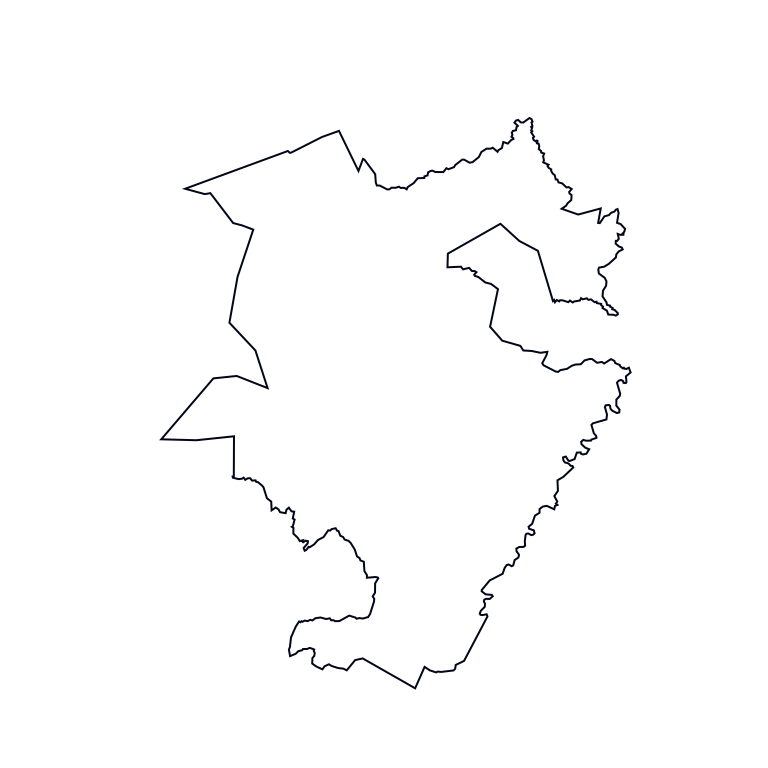 the district of Morelos, Chihuahua, Mexico, rotated 103°
{"feature_id": "50627088B90542436108405", "entity_name": "Morelos", "entity_type": "district", "adm_level": 2, "iso_a3": "MEX", "parent_name": "Mexico", "parent_adm1": "Chihuahua", "projection": "mercator", "projection_center": [-107.783, 26.551], "detail": "fine", "context": "isolated", "style": "outline", "palette": "ink", "viewbox_px": 768, "rotation_deg": 103, "n_neighbors": 0, "source": "geoboundaries", "source_scale": "gbopen_adm2", "svg_char_len": 6157}
<svg xmlns="http://www.w3.org/2000/svg" viewBox="0 0 768 768"><g transform="rotate(103 384 384)"><path d="M653.3,268.4L652.1,266.9L651.7,263.5L647.4,251.7L645.4,250.6L641.6,250.9L635.8,243.7L587.2,230.9L585.3,232.2L587.0,236.0L587.2,238.1L586.1,239.1L583.1,238.6L578.4,235.7L575.2,236.2L573.5,237.8L571.6,237.8L570.3,236.1L569.7,232.7L566.4,230.3L565.2,231.6L566.1,237.6L564.0,242.2L562.7,242.4L551.6,236.8L542.2,225.7L536.2,225.1L532.9,223.8L531.8,222.0L532.8,218.6L531.7,217.3L526.2,217.1L522.9,214.1L521.1,213.9L519.8,214.2L517.2,217.2L514.6,218.0L512.4,215.6L511.3,211.3L509.8,210.1L505.6,211.4L499.1,212.1L497.9,211.5L497.2,209.8L498.1,206.6L497.4,204.9L495.6,203.7L492.9,205.1L492.4,210.1L490.5,211.0L487.0,208.2L478.3,207.3L474.5,203.5L470.8,204.3L467.7,201.7L466.1,197.9L467.8,189.9L464.5,190.0L462.8,187.8L461.9,189.6L459.6,188.7L454.9,192.8L449.0,190.5L438.8,193.3L434.2,188.4L422.7,180.8L421.5,181.9L421.7,183.7L419.9,186.4L419.7,190.2L417.9,192.1L415.2,193.0L413.8,190.5L417.3,187.0L417.2,185.7L414.3,181.4L407.5,180.7L406.4,177.0L407.6,176.4L407.9,174.3L406.4,171.1L401.4,169.4L400.8,173.5L398.3,177.9L396.0,178.9L393.6,177.2L393.8,174.5L392.6,169.6L391.5,169.4L388.7,164.9L387.1,165.4L384.7,168.5L377.2,172.7L375.3,171.6L368.5,159.3L363.7,159.8L356.7,163.6L354.9,163.2L353.8,160.1L354.3,158.9L357.1,157.8L358.7,155.6L359.9,150.5L358.8,148.4L355.9,148.8L352.9,152.7L346.9,154.1L342.6,151.6L340.3,151.7L330.3,157.3L327.8,155.9L326.7,153.8L327.4,151.6L329.0,150.9L328.7,148.6L327.5,148.2L322.1,150.0L317.3,146.3L313.0,149.1L314.8,151.2L315.0,152.8L314.2,153.9L315.1,154.6L313.7,157.7L312.5,158.5L311.6,163.4L309.7,164.7L308.7,168.4L314.5,174.1L313.5,176.7L315.4,181.1L312.9,186.9L313.3,189.1L315.9,193.9L320.5,196.7L322.0,201.9L324.1,205.3L328.1,209.1L330.8,215.3L333.1,217.1L333.2,219.6L329.9,232.7L328.1,234.5L319.6,232.2L315.9,232.1L318.4,238.6L318.6,247.5L320.0,255.8L316.2,259.7L315.2,278.5L304.4,293.5L265.9,294.3L262.4,302.3L262.3,308.1L258.5,316.2L258.2,319.9L257.2,320.7L254.3,319.1L253.6,320.8L254.1,323.8L251.7,327.2L254.5,332.8L252.4,335.4L256.0,348.4L242.6,351.1L201.7,306.6L214.2,284.3L219.6,264.0L265.2,238.0L263.9,237.1L265.9,235.8L263.3,234.5L264.1,231.9L262.8,231.3L262.3,228.7L262.8,222.8L260.9,221.6L262.1,218.4L260.8,217.3L258.6,211.9L256.0,211.3L256.8,209.4L254.9,205.7L256.0,203.8L255.0,201.3L256.9,197.2L256.0,195.4L257.3,194.8L257.1,190.4L258.4,190.1L259.3,188.0L260.8,188.2L262.4,183.3L265.9,181.1L264.9,175.8L265.2,173.5L263.4,171.8L262.3,172.2L260.0,175.9L259.8,178.4L258.5,178.3L257.8,181.1L256.8,181.3L256.7,184.6L254.5,185.5L249.4,190.8L243.7,191.6L238.3,189.7L234.0,190.3L230.9,192.8L228.0,199.5L224.0,201.0L222.2,200.6L220.2,195.9L216.4,192.0L208.5,186.5L205.4,186.8L201.9,185.0L199.2,181.7L197.6,182.9L197.1,186.2L195.1,189.9L192.4,190.3L192.1,189.0L189.7,187.9L185.2,190.0L185.5,187.2L184.7,184.3L183.9,184.4L184.0,185.5L181.5,184.1L178.6,184.0L175.0,189.3L174.5,193.2L164.6,193.9L161.0,195.8L162.1,197.4L164.1,198.2L166.2,201.3L168.8,202.8L171.1,207.0L178.7,209.9L178.9,211.6L164.2,212.3L175.2,232.9L173.3,250.3L169.2,246.6L166.6,245.8L162.6,242.9L157.8,243.7L156.6,246.1L155.3,246.8L151.8,245.0L150.6,248.4L151.4,250.4L148.4,255.6L148.3,259.3L145.8,261.0L146.0,262.7L142.1,264.6L141.0,267.0L138.7,269.1L137.3,269.3L136.4,272.1L134.9,273.7L133.4,273.0L132.2,278.7L130.0,278.5L126.3,280.2L123.4,279.8L123.1,282.9L121.6,283.4L120.3,286.0L117.3,286.2L115.1,287.4L115.1,289.1L112.7,289.0L112.4,289.8L113.5,290.6L112.5,293.2L110.7,294.2L109.3,293.4L105.7,297.2L104.3,296.4L103.8,297.6L100.9,297.3L100.4,298.4L99.2,297.4L96.0,299.1L95.0,298.3L92.8,299.8L92.1,302.1L97.9,307.1L98.3,309.6L96.5,312.7L97.7,314.7L100.0,315.7L102.4,311.6L103.8,312.6L107.1,312.5L108.5,315.4L110.5,316.0L112.3,314.9L114.4,315.4L115.2,313.4L116.3,313.0L117.4,314.8L121.9,317.4L121.4,322.2L127.6,322.2L130.5,325.2L132.2,325.6L129.3,331.2L130.7,332.9L131.6,337.0L136.0,341.3L141.5,342.6L148.0,347.7L149.1,350.4L147.4,356.2L147.7,358.2L154.6,363.8L157.0,364.6L160.2,369.5L159.7,371.7L164.2,373.9L165.9,381.7L165.2,385.0L166.1,386.7L167.8,388.6L171.0,388.5L172.6,391.3L174.2,391.1L175.9,397.4L181.6,400.3L186.8,405.2L189.2,405.7L188.3,408.3L189.2,411.8L188.4,413.9L190.3,417.0L191.0,420.8L193.0,422.4L193.7,424.6L191.6,432.8L192.2,435.6L189.8,437.2L181.5,439.8L169.8,453.5L169.4,455.1L182.2,456.8L147.5,484.8L157.3,500.0L179.5,526.6L179.9,527.8L178.6,530.1L238.5,621.7L239.3,601.3L237.1,596.1L261.1,567.2L261.4,557.8L263.0,546.1L312.6,550.8L359.1,548.4L380.3,516.8L414.2,496.5L409.3,529.3L416.9,551.5L488.0,588.6L481.0,554.2L468.7,518.4L507.6,509.6L508.2,510.7L509.3,510.1L509.4,504.4L508.3,501.2L506.8,499.7L508.6,497.6L506.5,495.5L505.9,493.2L507.8,490.8L506.8,487.5L508.0,486.7L508.0,484.8L510.1,480.5L511.6,478.3L521.6,472.4L524.0,467.4L532.4,465.1L528.7,461.7L529.9,458.6L532.3,456.4L532.0,450.8L528.3,450.7L525.9,448.9L528.9,445.5L528.6,442.8L535.6,442.6L536.2,440.6L543.1,440.8L543.9,441.6L544.5,439.9L550.1,438.7L553.3,433.4L556.0,430.7L554.6,428.1L555.7,428.4L556.4,427.1L554.3,425.2L554.3,422.7L556.6,422.6L561.9,425.4L564.3,423.8L563.2,422.4L559.6,420.8L559.8,419.7L556.0,416.0L550.9,413.3L546.8,408.5L539.1,405.4L538.9,403.5L537.2,402.4L535.4,398.7L537.5,396.7L537.6,395.2L541.7,392.4L542.3,389.4L544.4,387.4L544.8,383.2L546.4,380.7L551.8,375.3L558.1,371.5L559.1,368.7L561.2,367.3L561.7,363.7L570.7,361.0L574.1,357.6L576.6,357.1L574.0,348.9L573.9,346.7L574.6,345.9L580.2,347.8L589.4,345.8L593.5,347.2L595.5,345.2L598.2,344.8L611.1,345.8L614.6,347.0L617.2,351.6L617.7,355.6L618.9,358.0L618.0,359.3L617.5,365.8L625.0,374.1L626.1,378.3L625.5,380.1L626.1,382.3L624.5,384.1L626.0,387.4L625.8,393.4L627.6,398.1L630.5,400.6L630.3,402.7L632.2,405.1L632.4,408.1L634.0,409.9L633.7,411.0L634.9,411.7L634.5,413.3L640.2,415.4L651.8,417.6L661.4,416.5L664.2,416.9L670.3,414.3L666.7,409.3L663.6,407.4L662.0,404.1L660.4,403.2L659.5,399.4L657.8,396.9L658.4,392.3L659.9,392.4L661.6,391.0L664.7,390.8L667.1,392.1L672.5,391.1L674.4,386.7L675.9,379.8L672.4,378.4L669.5,374.6L670.5,371.7L671.1,364.9L670.5,359.5L671.4,355.9L659.5,350.0L656.2,343.0L673.5,285.2L650.5,280.8L652.7,274.9L653.3,268.4Z" fill="none" stroke="#020617" stroke-width="2"/></g></svg>